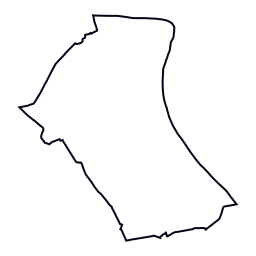 the district of Long Xuyen, An Giang, Vietnam
{"feature_id": "81297802B27304776569222", "entity_name": "Long Xuyen", "entity_type": "district", "adm_level": 2, "iso_a3": "VNM", "parent_name": "Vietnam", "parent_adm1": "An Giang", "projection": "mercator", "projection_center": [105.422, 10.372], "detail": "fine", "context": "isolated", "style": "outline", "palette": "ink", "viewbox_px": 256, "rotation_deg": 0, "n_neighbors": 0, "source": "geoboundaries", "source_scale": "gbopen_adm2", "svg_char_len": 4069}
<svg xmlns="http://www.w3.org/2000/svg" viewBox="0 0 256 256"><path d="M43.1,140.4L43.5,140.9L43.9,141.3L44.2,141.8L44.4,142.2L44.7,142.6L44.9,142.8L45.2,142.9L45.7,143.0L46.3,143.2L47.0,143.4L47.8,143.7L48.6,144.0L49.2,144.3L50.2,143.5L50.8,143.0L51.5,142.4L52.0,142.1L53.4,141.5L54.6,141.1L58.8,139.4L59.6,139.2L60.6,140.8L60.8,140.8L61.7,140.4L62.6,140.0L62.8,140.6L63.5,141.9L64.3,143.2L66.7,146.9L69.1,150.9L71.6,154.8L74.0,158.8L75.4,160.9L75.7,161.3L75.9,161.6L76.1,161.8L76.5,162.2L76.9,162.4L77.1,162.4L77.5,162.4L77.8,162.3L78.2,162.3L78.4,162.4L78.7,162.5L78.9,162.6L79.2,162.7L79.4,162.7L79.8,162.7L80.2,162.5L80.4,162.5L80.7,162.5L80.9,162.5L81.1,162.7L81.3,163.0L81.5,163.6L81.7,164.0L81.8,164.0L83.5,168.9L84.4,171.1L85.1,172.9L85.6,174.2L87.5,176.8L90.1,180.2L92.4,183.4L93.8,185.8L98.1,191.6L101.1,194.1L104.4,198.2L106.8,201.1L108.5,203.5L110.4,205.7L111.7,206.7L111.8,207.1L111.9,207.7L112.1,208.2L112.7,209.2L113.9,211.7L114.4,212.6L114.8,213.2L115.3,214.4L116.4,216.7L117.6,219.0L118.1,219.9L118.7,221.2L119.2,222.4L119.8,223.5L120.0,224.0L121.1,224.3L122.1,224.6L121.8,225.4L121.6,226.1L121.5,226.7L121.0,228.0L120.6,228.7L120.3,229.0L120.7,229.4L121.1,229.7L121.6,230.2L124.6,236.9L126.2,240.6L131.0,239.7L131.3,239.6L144.2,237.5L152.9,236.0L153.8,235.6L160.2,237.9L160.1,237.3L160.3,236.8L160.9,236.3L161.8,235.8L162.1,235.5L162.3,235.0L162.8,234.7L163.4,234.4L164.1,234.1L164.7,233.7L165.8,232.6L166.0,232.9L166.5,234.8L167.0,236.2L167.2,236.4L167.9,236.2L168.2,236.0L168.4,235.5L168.8,235.4L169.7,235.1L171.0,234.3L171.7,233.7L173.2,233.0L174.3,232.4L174.7,232.3L178.4,231.7L178.6,231.7L192.9,229.1L194.1,228.2L204.5,228.0L205.7,229.6L207.8,227.9L211.2,225.3L214.1,223.0L218.0,220.0L218.7,219.4L219.2,218.9L219.9,217.6L221.1,214.5L223.1,207.8L223.6,206.9L223.9,206.7L224.5,206.4L226.4,206.2L227.3,205.9L228.6,205.8L229.2,205.8L230.2,205.5L231.6,205.2L234.6,204.7L235.6,204.5L236.6,204.2L233.4,200.3L231.9,198.3L231.0,197.3L228.9,194.3L226.9,191.6L225.9,190.4L224.4,189.0L220.9,185.7L218.8,183.8L216.2,181.3L212.5,177.6L210.3,175.2L207.9,172.4L206.2,170.6L204.3,168.6L200.3,164.8L199.6,163.9L198.5,162.6L197.1,161.0L195.8,159.3L192.3,154.5L190.9,152.8L184.0,142.4L182.7,140.6L181.8,139.2L177.8,134.0L173.1,126.0L172.9,125.6L169.2,117.2L168.6,114.9L167.5,111.2L167.1,109.6L167.0,109.0L165.7,105.1L164.7,102.0L164.0,98.9L163.5,96.1L163.1,92.9L162.9,90.2L162.7,86.7L162.6,82.8L162.6,80.4L162.8,77.6L163.0,73.3L163.1,70.9L163.2,69.2L163.4,67.9L163.8,67.2L164.3,65.5L165.3,63.1L165.9,60.8L167.2,57.5L167.7,55.6L168.2,54.1L169.2,51.9L169.8,50.0L170.0,48.7L170.2,47.1L170.5,44.7L171.0,42.1L171.3,41.3L171.8,40.5L173.0,38.4L173.5,36.9L173.7,35.4L173.9,33.4L174.2,31.2L174.1,30.2L174.3,29.0L174.3,27.7L174.0,26.4L173.3,25.2L172.2,23.6L170.1,22.1L167.2,20.6L165.0,20.1L162.1,19.4L158.1,19.0L156.7,18.8L154.1,18.6L151.5,18.5L148.1,18.3L143.8,18.1L137.9,18.1L133.4,18.1L130.8,17.8L128.7,17.4L126.7,17.0L123.7,16.7L121.1,16.3L117.5,15.9L110.2,15.9L101.4,15.7L95.4,15.5L93.1,15.4L93.6,16.9L93.7,18.5L94.0,19.7L94.5,21.9L95.0,23.4L96.4,27.4L97.1,30.6L95.8,31.3L93.1,32.6L91.2,33.7L90.8,32.9L90.4,33.1L88.1,34.4L87.5,34.4L87.2,34.4L86.9,34.4L86.4,34.5L85.0,35.1L85.1,35.4L85.1,35.8L85.2,36.2L85.2,36.9L85.1,37.4L84.9,37.8L84.5,38.1L84.1,38.2L83.7,38.3L83.3,38.6L82.9,38.9L82.7,39.0L82.5,39.4L82.7,39.7L82.7,40.1L82.7,40.6L82.5,41.2L82.3,41.7L81.9,42.1L81.5,42.5L80.9,42.9L80.4,43.1L79.7,43.3L78.4,43.7L76.5,44.0L76.1,43.9L75.9,43.7L75.4,43.3L75.2,43.3L72.2,46.3L68.8,49.8L65.4,53.3L63.9,55.2L60.8,58.4L58.4,60.9L55.6,64.0L55.2,64.6L53.5,67.8L50.6,73.1L50.3,73.8L48.4,77.6L46.6,81.2L45.6,82.8L44.4,85.1L43.8,86.3L42.7,88.4L40.9,91.9L40.1,93.3L35.4,101.1L33.8,103.4L33.2,103.8L29.8,104.8L28.2,105.6L19.4,107.3L25.5,113.4L27.5,115.3L29.5,116.9L31.8,118.7L33.1,119.8L33.6,120.0L34.1,120.4L36.8,122.7L40.7,126.0L41.5,126.6L42.5,127.3L43.0,127.9L43.3,128.3L43.3,128.8L43.4,129.5L43.3,130.3L43.2,130.7L42.7,131.6L42.1,133.0L41.7,134.2L41.4,135.3L41.2,136.2L41.2,137.0L41.3,137.9L41.6,138.6L42.8,139.9L43.1,140.4Z" fill="none" stroke="#020617" stroke-width="2"/></svg>